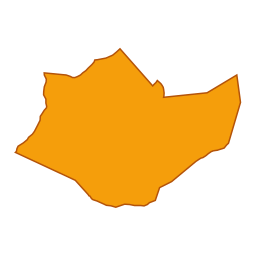 the district of Belle Vue, Vieux Fort, Saint Lucia
{"feature_id": "8701671B25756031943387", "entity_name": "Belle Vue", "entity_type": "district", "adm_level": 2, "iso_a3": "LCA", "parent_name": "Saint Lucia", "parent_adm1": "Vieux Fort", "projection": "albers", "projection_center": [-60.954, 13.792], "detail": "fine", "context": "isolated", "style": "filled", "palette": "amber", "viewbox_px": 256, "rotation_deg": 0, "n_neighbors": 0, "source": "geoboundaries", "source_scale": "gbopen_adm2", "svg_char_len": 1331}
<svg xmlns="http://www.w3.org/2000/svg" viewBox="0 0 256 256"><path d="M207.5,154.3L208.5,153.5L210.1,152.4L210.9,151.8L213.0,150.9L214.6,150.6L217.5,150.2L219.2,149.6L222.8,148.5L224.2,148.0L226.1,145.6L226.6,145.0L228.4,143.3L228.5,143.1L240.5,102.4L236.8,75.0L207.1,92.8L163.6,97.3L163.9,96.0L164.1,93.1L163.6,89.2L163.2,87.3L162.1,85.4L160.9,83.7L159.6,82.5L157.3,80.5L156.0,82.5L154.3,84.1L152.7,85.9L120.0,48.8L116.4,52.1L112.6,55.2L105.9,58.1L97.5,59.7L94.8,60.0L94.1,62.0L92.0,64.5L88.3,68.0L85.9,70.6L82.8,72.8L80.5,75.0L77.4,76.6L74.8,77.6L72.4,77.5L70.3,76.4L66.2,75.0L44.2,72.9L44.3,75.0L46.3,79.1L46.1,82.1L44.3,86.8L43.7,91.6L43.6,94.8L45.9,99.1L45.9,103.1L46.7,106.4L46.4,107.9L44.3,110.2L41.5,114.6L40.3,116.3L40.1,120.3L37.5,125.5L34.5,131.3L32.4,134.2L28.6,137.3L27.3,139.6L23.5,142.8L18.1,146.2L17.0,148.5L16.4,151.4L15.4,152.4L75.3,180.3L88.3,194.7L88.8,195.7L89.6,196.0L89.9,196.1L91.6,198.7L93.0,199.7L97.0,201.0L103.9,204.1L106.4,205.3L107.4,205.4L110.9,205.8L115.8,207.2L124.6,204.2L127.6,204.4L129.5,204.5L134.5,205.5L140.7,205.5L144.1,205.9L147.4,204.5L149.4,202.7L155.3,200.4L159.6,187.6L171.6,181.6L196.0,161.3L196.5,161.0L197.7,160.2L199.5,159.0L200.3,158.5L201.0,158.1L202.1,157.8L202.9,157.6L205.1,156.2L206.0,155.6L207.2,154.6L207.5,154.3Z" fill="#f59e0b" stroke="#b45309" stroke-width="1.5"/></svg>